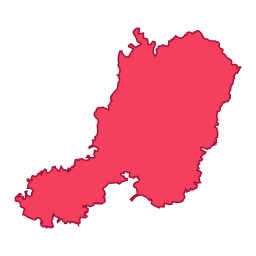 Jhenaidah, Khulna, Bangladesh (Albers equal-area conic projection)
{"feature_id": "16705992B77509092527129", "entity_name": "Jhenaidah", "entity_type": "district", "adm_level": 2, "iso_a3": "BGD", "parent_name": "Bangladesh", "parent_adm1": "Khulna", "projection": "albers", "projection_center": [89.072, 23.495], "detail": "fine", "context": "isolated", "style": "filled", "palette": "rose", "viewbox_px": 256, "rotation_deg": 0, "n_neighbors": 0, "source": "geoboundaries", "source_scale": "gbopen_adm2", "svg_char_len": 5802}
<svg xmlns="http://www.w3.org/2000/svg" viewBox="0 0 256 256"><path d="M38.1,172.9L38.4,173.9L36.2,176.5L32.4,175.8L31.1,178.7L32.0,179.8L31.9,180.6L30.2,180.4L28.0,179.0L27.3,179.3L27.5,181.1L29.2,181.8L29.6,182.7L28.3,184.5L27.5,188.2L31.1,188.2L33.1,190.6L31.9,192.9L31.5,195.7L30.0,196.5L27.9,195.9L26.1,193.7L27.1,191.3L25.7,191.4L24.9,191.9L25.6,193.1L25.7,197.3L25.2,198.7L23.0,199.0L23.2,196.9L21.4,196.1L18.7,196.8L19.1,195.1L20.9,194.2L19.7,193.6L15.4,197.5L15.6,200.9L19.1,201.5L20.5,203.5L20.4,206.2L21.4,207.2L24.7,208.4L22.8,214.6L24.7,215.0L27.5,216.9L34.4,219.9L36.1,219.3L36.6,217.7L39.6,218.2L42.4,221.7L41.2,222.0L41.9,223.3L40.8,223.2L41.2,225.6L42.2,225.7L42.6,226.8L43.8,226.8L44.2,226.2L45.6,226.5L46.3,227.8L46.7,227.8L46.9,226.6L51.1,227.7L53.5,226.6L52.5,225.4L52.8,224.1L51.9,223.0L51.7,220.7L53.2,217.0L52.6,216.6L53.0,214.6L53.8,214.1L54.2,215.6L59.1,218.1L57.4,220.9L57.7,222.3L61.9,218.6L63.0,221.0L64.5,222.4L64.6,223.4L66.3,223.4L67.5,221.3L69.3,221.8L70.0,222.9L70.3,222.1L74.5,222.1L74.7,222.8L77.8,223.8L78.5,224.9L78.5,223.1L79.9,223.0L79.9,218.1L81.7,217.4L85.3,217.8L87.1,216.3L85.2,214.6L84.6,214.9L84.7,212.7L85.4,212.4L85.7,213.3L86.8,211.6L87.6,212.2L88.3,209.1L86.9,208.1L86.5,206.9L85.6,207.6L86.0,207.1L84.0,206.3L83.1,207.3L82.8,206.1L88.1,205.5L89.9,206.7L93.6,205.2L94.0,203.0L95.7,203.6L95.9,202.9L97.6,203.7L98.2,203.1L98.4,203.7L99.4,203.2L100.4,204.0L100.8,203.3L102.0,203.8L103.4,202.4L104.5,202.3L105.2,200.7L104.7,200.1L105.0,199.1L104.1,198.1L104.5,197.4L103.2,197.0L105.3,194.6L104.5,191.2L103.3,190.1L103.0,187.9L104.6,187.5L109.3,182.7L111.1,183.2L117.6,182.5L117.7,183.3L119.2,183.9L122.4,181.6L127.2,180.2L127.6,178.8L124.9,178.2L123.9,176.2L121.7,175.8L120.3,174.1L121.0,173.4L123.0,173.5L123.6,172.5L124.2,172.8L124.0,171.9L125.0,171.6L126.5,171.6L127.4,172.7L129.8,172.5L129.3,176.7L133.1,177.7L133.8,177.2L133.9,177.9L134.6,176.8L135.9,177.1L137.5,176.1L138.2,176.9L137.8,178.4L138.9,178.4L139.4,179.3L138.2,182.0L136.3,182.0L135.7,183.0L134.6,183.1L133.5,185.3L134.1,186.9L136.6,188.4L137.6,193.8L134.0,195.9L130.4,199.3L131.8,200.8L135.3,196.9L138.8,195.3L141.9,194.9L146.4,197.2L149.6,200.4L150.6,200.1L150.8,199.1L151.8,200.2L151.4,203.7L154.6,205.9L159.3,207.8L160.2,206.5L163.9,207.0L164.6,203.2L169.1,204.6L172.0,204.1L172.7,201.8L178.2,202.4L180.3,202.1L181.0,201.3L182.2,201.5L184.7,197.5L184.5,195.7L183.6,194.7L185.7,189.1L186.8,192.0L188.4,190.8L189.0,191.1L189.8,189.8L191.3,189.6L191.2,188.9L192.5,189.8L195.9,188.3L196.8,187.5L197.3,185.7L196.4,184.4L195.0,184.2L194.0,182.4L195.7,182.2L196.8,183.2L200.2,182.6L199.4,182.2L199.9,180.9L199.2,179.4L199.0,176.9L200.4,175.9L200.5,174.4L201.6,172.9L199.3,170.8L196.9,170.5L197.0,169.7L199.0,168.6L197.5,165.0L199.7,163.9L198.6,162.0L198.8,161.0L201.2,160.9L202.5,159.0L200.5,157.0L201.3,156.8L202.4,154.9L204.8,153.8L205.9,152.1L203.5,151.5L203.4,150.3L200.9,150.1L201.0,147.5L203.4,147.6L207.2,149.2L207.9,148.3L209.7,148.6L212.3,145.4L214.0,145.0L213.3,144.6L214.5,144.0L214.4,143.4L215.7,143.7L214.8,142.4L216.4,142.4L216.3,139.1L215.8,138.6L216.2,137.7L217.5,137.3L217.7,132.6L216.7,128.2L214.7,127.1L215.7,124.8L217.6,125.4L218.4,123.8L216.4,121.7L217.7,119.8L216.5,116.5L217.5,112.6L217.1,111.7L218.9,111.4L220.1,110.0L220.0,107.0L221.3,106.1L223.0,102.7L223.6,102.2L224.3,102.7L226.7,101.3L227.9,101.6L230.2,97.9L230.3,94.9L228.9,94.1L229.8,90.9L230.5,90.4L231.1,84.9L231.9,85.0L232.7,83.9L233.6,79.1L234.3,78.2L234.0,76.9L233.3,76.8L233.5,76.0L234.2,76.1L235.9,72.9L237.2,73.2L240.6,67.1L239.4,66.9L237.1,67.9L237.1,65.5L236.5,65.1L234.9,64.3L232.7,64.8L231.5,64.4L231.8,61.8L231.1,60.2L226.5,57.2L225.3,55.0L222.4,53.0L222.3,51.7L223.0,50.4L222.7,49.2L220.1,48.3L219.1,47.1L219.3,43.7L218.3,42.2L214.6,41.0L210.0,41.0L207.1,39.1L204.2,38.6L201.4,33.6L199.0,31.0L196.7,30.8L196.4,31.9L194.0,32.1L192.7,33.7L189.9,32.1L187.4,32.5L186.5,33.4L186.7,34.6L185.0,34.9L183.3,37.2L181.1,38.2L178.5,37.7L176.9,36.3L176.0,36.6L175.5,36.0L175.1,37.2L173.7,37.7L173.4,39.3L171.2,39.5L171.5,40.8L168.6,41.2L169.0,42.9L168.4,46.0L164.2,46.0L164.0,45.3L162.6,44.9L161.4,46.0L158.4,46.3L158.4,48.0L156.1,49.4L157.0,53.1L155.3,56.3L154.0,54.3L153.1,51.0L153.6,48.3L155.3,45.0L155.3,43.3L154.6,41.7L152.8,41.4L150.9,44.2L148.7,44.7L148.1,44.0L147.4,39.1L143.5,37.9L143.5,33.1L138.8,33.8L139.4,28.6L138.1,28.2L136.1,28.6L133.7,30.9L133.3,33.4L135.7,36.8L137.5,41.7L140.6,43.3L141.1,44.4L135.9,47.2L134.0,46.4L131.7,44.0L130.5,44.1L128.5,45.8L128.7,46.6L133.3,48.8L128.5,56.9L126.3,56.9L124.3,55.7L122.4,53.3L121.8,50.9L119.8,51.4L118.4,56.8L118.3,60.9L118.9,62.8L118.1,65.3L120.1,69.9L119.0,75.3L117.5,75.1L119.0,77.4L119.6,80.4L118.2,82.7L117.3,88.8L112.3,94.4L110.9,96.8L110.6,99.6L112.0,100.8L110.5,102.0L109.8,104.6L108.3,105.5L109.0,108.9L108.6,109.8L102.7,107.1L101.2,107.8L98.7,107.5L96.4,109.2L96.6,110.4L94.4,113.0L94.2,114.6L94.9,116.4L97.8,119.5L98.5,121.6L97.3,125.5L97.9,132.7L96.6,135.6L94.6,137.2L95.2,138.2L95.0,140.1L92.7,140.1L93.0,145.0L89.5,146.5L89.0,147.4L89.3,148.3L91.9,146.8L95.0,146.4L97.7,147.8L98.1,148.7L97.5,151.0L96.6,151.4L94.7,150.3L94.2,151.0L94.5,152.0L93.8,154.3L95.0,156.3L94.5,157.6L89.9,157.7L88.9,155.6L88.0,155.3L86.4,157.5L89.0,157.9L89.2,159.6L88.4,160.2L84.6,160.2L81.6,158.6L80.9,159.5L79.8,159.1L79.3,160.2L77.4,160.0L77.5,159.4L75.5,159.9L74.5,163.1L74.9,165.0L73.9,165.4L73.9,166.2L72.5,166.5L73.0,167.1L72.6,167.7L71.7,167.2L70.5,168.1L69.9,169.7L70.6,168.9L70.2,170.6L68.1,171.5L68.9,168.9L68.4,168.3L67.2,171.3L65.5,169.8L63.5,169.7L61.8,167.7L61.1,165.6L60.7,167.9L58.8,171.4L55.4,168.0L55.4,166.8L54.7,166.3L53.8,167.1L52.4,167.0L52.0,169.9L48.9,172.8L47.7,173.1L46.7,172.4L46.4,170.1L44.6,169.2L40.6,175.7L42.5,171.7L42.2,171.2L41.7,171.1L39.3,173.4L38.6,173.6L38.1,172.9Z" fill="#f43f5e" stroke="#9f1239" stroke-width="1.5"/></svg>